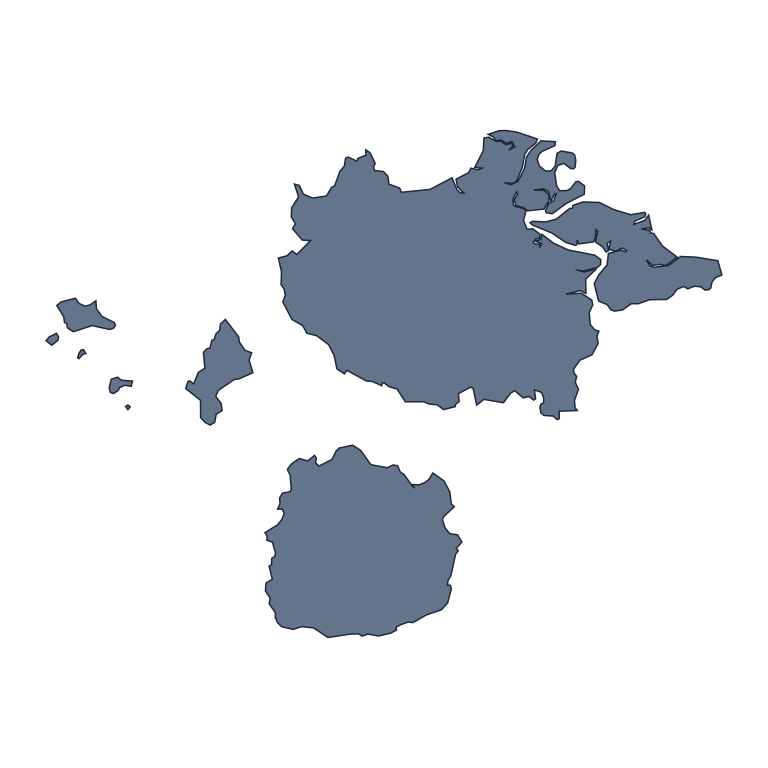 Amapala, Valle, Honduras
{"feature_id": "27666195B15608241098476", "entity_name": "Amapala", "entity_type": "district", "adm_level": 2, "iso_a3": "HND", "parent_name": "Honduras", "parent_adm1": "Valle", "projection": "mercator", "projection_center": [-87.621, 13.313], "detail": "fine", "context": "isolated", "style": "filled", "palette": "slate", "viewbox_px": 768, "rotation_deg": 0, "n_neighbors": 0, "source": "geoboundaries", "source_scale": "gbopen_adm2", "svg_char_len": 6110}
<svg xmlns="http://www.w3.org/2000/svg" viewBox="0 0 768 768"><path d="M592.0,354.8L598.1,343.4L597.0,336.1L598.9,331.2L594.6,329.7L590.3,324.5L589.2,312.3L592.8,304.9L591.8,300.1L581.4,293.2L566.0,294.1L580.1,290.5L586.0,293.4L585.7,279.1L596.6,268.7L584.2,272.0L575.7,269.7L583.0,271.0L597.7,267.3L600.5,264.7L600.8,259.6L594.5,255.1L568.3,250.0L553.6,243.2L541.9,234.3L541.0,239.3L535.3,241.1L541.8,243.7L539.4,247.8L540.2,244.6L534.5,243.6L533.2,241.9L536.3,238.8L539.5,238.1L540.1,234.3L532.8,228.8L527.1,229.3L523.5,220.5L525.9,211.3L523.9,208.6L515.1,206.3L513.2,204.6L513.2,198.4L516.7,192.0L517.7,194.6L514.0,199.9L516.3,205.9L523.0,207.3L527.7,210.8L543.9,209.1L548.9,200.8L548.8,194.5L543.7,190.3L533.8,190.2L543.5,188.8L548.5,191.6L550.8,201.0L554.5,194.2L556.4,193.6L553.6,200.8L549.1,203.2L545.4,210.5L546.2,212.8L552.3,213.7L566.2,203.5L584.3,194.2L584.6,185.9L578.3,181.3L575.8,181.8L570.6,188.7L566.9,190.6L559.7,190.7L556.6,185.8L554.7,172.5L557.9,165.5L563.9,163.4L570.4,168.4L573.6,168.8L575.1,167.2L575.8,160.4L574.7,155.1L572.4,153.0L561.1,151.0L557.0,153.4L555.1,166.3L551.3,170.7L545.7,171.2L539.3,165.9L537.2,159.4L539.1,154.2L542.2,151.3L554.9,145.7L555.4,141.7L541.0,140.9L531.1,150.2L526.5,157.0L524.6,168.3L517.8,181.6L510.4,184.7L504.3,182.7L512.4,183.3L516.4,181.3L522.3,167.5L524.8,154.1L527.7,149.6L535.8,143.1L537.3,139.0L516.6,132.0L505.7,130.5L499.2,130.7L488.2,134.3L493.5,137.1L495.9,140.7L501.6,140.1L506.3,143.4L511.9,141.5L514.9,146.9L508.7,150.0L512.8,146.4L511.9,143.1L505.9,144.8L500.9,141.1L496.3,141.5L488.8,137.2L483.9,138.0L483.3,150.8L474.8,167.2L481.8,168.2L478.2,169.8L471.0,168.2L468.7,172.6L456.0,179.2L457.5,186.8L463.9,193.1L460.3,192.8L456.9,189.7L452.1,177.8L430.0,189.4L401.3,192.3L399.6,188.0L389.0,184.2L387.8,176.1L383.4,171.5L374.5,170.5L373.6,166.3L375.2,163.5L369.9,152.6L365.8,149.9L365.9,155.2L358.0,158.3L356.7,161.2L348.3,157.1L345.6,158.1L344.3,166.2L339.9,171.4L334.6,185.9L331.7,187.2L326.5,195.9L312.7,198.1L303.3,194.1L299.4,185.5L294.4,184.1L298.6,196.9L291.7,207.6L291.3,216.8L295.4,223.8L292.5,228.7L302.3,240.1L310.5,240.6L296.8,254.5L292.1,250.9L287.0,255.8L278.4,258.0L281.5,271.8L281.1,284.8L284.0,288.8L285.3,295.4L282.8,301.9L292.0,319.5L302.7,325.6L306.8,333.2L316.7,335.7L328.7,344.7L334.1,355.5L336.9,368.8L344.4,373.9L346.9,370.3L366.4,381.0L372.3,381.4L381.7,385.7L382.2,383.1L384.1,382.9L389.0,386.7L397.2,389.1L405.3,401.8L424.0,401.8L428.4,403.9L437.3,404.8L443.6,409.6L455.3,406.6L455.5,404.4L459.1,401.6L458.5,393.6L470.5,387.2L473.1,388.3L476.7,405.1L483.9,399.4L503.5,402.7L510.6,393.1L514.8,390.7L523.1,397.9L528.9,396.5L533.7,400.1L535.6,398.8L534.4,389.9L541.5,392.4L543.7,398.1L543.7,402.7L540.7,404.4L539.9,407.5L540.9,412.7L543.7,415.4L553.2,416.1L557.2,419.6L559.3,418.6L559.2,411.2L577.3,410.5L575.0,407.6L574.5,400.2L578.5,389.3L575.3,382.3L576.6,376.4L573.9,372.7L573.6,369.1L579.9,360.2L592.0,354.8ZM390.9,633.1L396.5,630.0L396.0,627.3L401.0,624.6L408.3,622.0L413.1,622.6L426.2,615.0L441.6,609.7L447.7,602.8L451.4,588.5L450.2,585.2L447.6,585.3L447.9,581.1L450.9,575.6L455.6,554.2L458.3,550.7L456.2,548.5L461.9,542.1L457.5,534.8L449.6,533.6L445.0,527.6L442.4,519.7L443.7,516.6L454.3,506.7L451.3,504.0L449.8,491.9L443.9,480.8L432.8,473.0L429.0,479.4L424.9,482.5L418.9,484.9L412.7,484.5L414.1,487.3L412.8,486.8L404.0,474.4L400.4,472.2L397.5,465.7L392.9,465.0L387.4,467.7L370.9,464.7L360.7,450.4L352.6,445.2L339.4,448.0L336.3,450.8L332.0,459.4L319.1,466.0L315.6,463.1L316.3,458.1L314.6,455.4L307.7,460.9L299.2,458.5L291.2,464.2L287.3,469.5L290.0,474.7L291.3,489.0L290.3,491.6L282.6,493.1L279.6,497.9L280.0,503.5L277.6,509.1L282.1,509.1L284.3,513.5L281.7,519.7L277.3,525.0L265.0,532.6L267.1,536.2L266.8,540.2L272.4,542.2L275.5,552.7L274.9,556.3L271.7,558.5L271.6,564.5L269.1,566.2L272.3,579.3L266.1,582.9L265.4,590.9L270.1,598.1L269.2,603.8L275.5,613.0L275.2,617.2L277.4,622.4L281.6,626.7L293.3,629.4L301.6,626.6L313.6,627.9L328.0,637.5L350.1,634.1L358.6,633.9L362.1,636.1L367.9,634.1L378.6,636.0L390.9,633.1ZM530.1,222.7L532.4,225.0L552.2,233.2L565.9,242.5L575.3,245.4L576.8,244.8L577.2,240.1L578.8,243.9L593.3,241.9L595.3,238.4L595.9,229.6L597.7,231.5L595.4,241.9L602.7,247.0L606.0,252.0L608.6,250.7L607.2,243.3L610.8,241.1L609.0,248.0L610.3,249.7L615.6,251.2L622.3,248.0L626.6,250.6L625.2,251.8L621.1,250.1L608.4,253.5L607.1,264.9L598.8,274.8L594.2,283.7L598.6,301.1L607.1,304.6L611.1,310.0L614.6,311.1L622.4,310.0L631.3,303.7L638.5,303.7L649.6,299.7L666.7,299.5L673.0,294.9L676.6,289.6L683.5,286.4L687.7,288.8L694.6,286.2L700.9,286.9L705.1,290.1L708.4,289.8L710.7,288.2L712.0,282.0L715.3,277.8L721.9,275.0L717.8,260.7L695.6,257.1L680.5,256.5L668.6,265.5L653.9,267.3L649.8,265.8L646.5,259.8L652.3,265.4L660.7,264.4L665.8,265.6L677.1,257.1L662.5,246.0L653.7,233.4L651.0,233.2L649.6,230.1L641.1,229.0L648.9,227.7L651.8,229.8L648.7,215.1L644.7,220.4L634.0,224.3L634.9,221.1L644.7,216.9L645.8,214.2L644.8,212.4L630.6,214.7L614.0,209.7L599.4,202.5L583.1,201.9L572.9,205.5L572.4,208.4L569.6,208.5L556.4,219.1L545.7,221.9L532.5,221.3L530.1,222.7ZM203.4,352.4L204.9,368.2L198.3,372.5L193.6,383.9L190.0,381.0L188.1,381.3L185.7,388.5L200.5,400.3L200.6,417.5L205.0,422.4L210.2,425.1L214.7,422.3L216.2,414.3L222.2,410.5L221.1,403.4L215.7,396.2L218.3,390.4L234.4,379.4L238.7,379.0L252.9,372.7L249.1,360.1L251.7,352.8L245.0,350.4L239.2,341.8L238.8,337.1L225.4,319.4L220.4,324.0L219.6,330.4L216.1,333.6L214.0,339.8L211.8,340.3L210.0,348.0L206.7,348.9L203.4,352.4ZM66.8,323.6L67.4,327.9L73.3,331.7L92.1,325.6L109.9,329.5L113.8,328.0L115.5,325.4L114.3,322.6L102.0,316.4L96.5,308.9L95.9,300.8L90.0,304.9L85.0,306.2L78.8,303.3L75.4,298.2L61.2,301.9L56.8,305.5L63.7,316.7L64.5,322.5L66.8,323.6ZM113.3,393.6L118.4,390.4L119.4,387.8L124.7,385.3L131.2,386.3L132.5,381.1L121.4,380.2L117.6,377.2L111.3,379.2L109.2,387.6L110.3,392.3L113.3,393.6ZM51.7,345.3L58.0,340.2L58.5,336.6L56.4,333.3L49.2,337.0L46.1,340.7L51.7,345.3ZM78.9,358.7L83.0,354.1L85.8,353.5L83.5,349.6L81.3,349.9L79.2,352.8L77.6,357.8L78.9,358.7ZM127.9,409.7L130.2,406.8L127.9,405.0L125.6,406.5L127.9,409.7Z" fill="#64748b" stroke="#1e293b" stroke-width="1.5"/></svg>